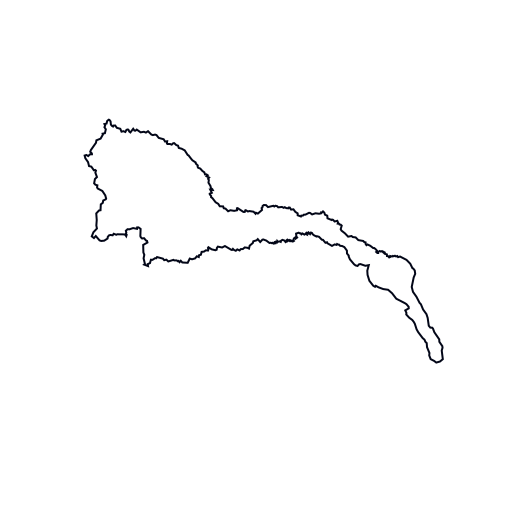 Isnos, Huila, Colombia, rotated 140°
{"feature_id": "7082276B76225783159695", "entity_name": "Isnos", "entity_type": "district", "adm_level": 2, "iso_a3": "COL", "parent_name": "Colombia", "parent_adm1": "Huila", "projection": "equal_earth", "projection_center": [-76.283, 2.067], "detail": "fine", "context": "isolated", "style": "outline", "palette": "ink", "viewbox_px": 512, "rotation_deg": 140, "n_neighbors": 0, "source": "geoboundaries", "source_scale": "gbopen_adm2", "svg_char_len": 6141}
<svg xmlns="http://www.w3.org/2000/svg" viewBox="0 0 512 512"><g transform="rotate(140 256 256)"><path d="M347.2,321.3L345.2,317.7L344.2,319.4L341.8,318.7L338.9,320.7L337.8,319.6L334.7,319.2L333.9,318.4L332.5,318.8L329.0,313.8L329.0,311.8L327.0,310.8L326.7,308.2L321.7,306.1L321.5,305.2L319.6,303.6L319.2,302.1L318.5,302.0L318.5,300.4L316.7,300.7L316.6,298.4L312.7,294.7L308.4,296.6L307.1,294.6L304.2,293.3L301.5,293.8L300.5,292.0L299.2,293.2L297.4,292.4L295.0,294.1L293.0,292.8L290.8,292.6L289.2,291.0L288.3,291.6L287.6,293.1L286.8,293.3L285.7,289.6L283.4,286.5L282.1,286.1L280.8,287.3L279.2,287.7L276.5,284.3L273.4,283.6L270.9,276.5L270.4,276.0L269.1,276.3L269.0,274.8L268.1,273.0L266.1,273.1L265.0,270.8L263.3,271.1L261.6,269.8L259.1,269.8L257.3,267.8L256.6,266.2L254.2,268.0L250.1,268.0L248.6,269.0L245.4,267.6L243.8,267.8L243.8,264.0L240.6,264.4L239.8,264.0L238.2,261.2L237.3,257.3L236.2,256.7L235.6,255.6L234.9,255.5L234.6,254.2L233.2,253.4L233.2,254.6L232.8,254.7L232.3,254.0L231.6,254.2L231.1,253.0L230.1,253.8L230.1,252.8L228.6,252.1L228.0,250.9L227.0,251.6L225.4,251.4L224.3,249.6L224.4,247.6L223.0,247.4L222.4,248.4L221.4,248.4L221.2,247.8L221.8,247.0L220.3,246.8L220.5,245.5L219.9,245.0L219.3,245.4L219.0,244.4L217.8,244.5L218.7,244.0L218.5,243.4L217.3,243.2L217.2,244.1L215.7,245.1L213.5,245.0L214.3,243.8L212.6,243.7L212.5,245.1L210.9,247.4L208.3,246.4L207.9,245.2L207.2,244.7L207.3,243.4L205.9,243.4L205.2,241.3L203.9,241.2L203.4,240.1L203.0,241.3L202.3,241.4L201.6,240.2L200.6,240.4L200.5,239.8L201.2,239.2L200.5,238.8L200.5,238.0L198.8,238.6L198.3,237.5L198.6,236.3L198.3,234.7L197.2,232.1L196.7,232.1L195.4,230.2L195.1,226.2L194.3,225.3L194.3,221.5L192.8,220.9L193.1,219.9L191.3,214.9L188.3,214.3L187.2,212.8L186.2,213.1L185.8,212.0L185.1,211.4L185.0,209.7L183.6,208.3L182.6,206.0L182.9,201.7L184.7,199.4L184.7,196.8L185.4,195.8L186.2,193.0L186.2,186.7L185.8,184.8L184.6,183.1L182.4,183.4L181.2,182.7L178.5,178.2L175.5,176.5L180.2,173.2L182.7,169.8L185.1,164.1L185.3,157.8L184.6,155.9L183.4,156.2L182.3,153.3L179.8,148.9L176.5,145.2L175.7,140.0L176.0,133.1L172.2,124.0L171.7,122.3L171.7,119.0L172.7,117.7L176.6,118.4L177.3,115.8L178.5,114.6L178.3,110.2L177.4,106.6L177.5,104.2L177.9,102.0L180.1,96.6L180.7,93.4L181.1,86.0L180.7,83.6L181.4,81.4L181.2,79.6L183.6,76.2L185.5,70.2L187.2,68.5L188.5,64.7L187.0,61.2L186.4,58.5L182.9,56.9L179.2,56.9L174.5,64.2L172.1,65.8L171.2,67.2L170.7,72.4L169.2,74.4L168.4,82.9L167.1,86.6L167.1,87.8L168.5,89.1L168.5,91.5L164.3,98.2L162.8,101.9L162.4,107.6L160.7,113.0L160.8,115.0L159.3,121.6L158.8,127.6L156.6,132.2L149.0,138.2L145.5,140.0L143.7,142.9L143.6,145.3L144.0,146.1L142.8,150.9L143.2,156.3L146.0,163.0L147.9,163.8L147.8,165.2L149.0,165.6L149.4,166.9L150.7,167.3L151.1,168.1L152.0,168.1L153.2,169.7L153.8,169.0L154.9,169.3L154.9,170.9L155.7,171.8L154.7,173.1L155.9,174.9L155.1,175.9L155.7,177.4L156.2,177.1L156.4,178.8L157.5,179.1L158.0,180.3L159.9,180.6L160.5,179.8L161.1,180.3L161.3,181.8L160.2,181.8L159.9,182.3L160.0,184.6L160.3,186.1L161.1,186.7L161.9,190.4L163.2,193.2L164.4,193.3L164.3,194.7L163.3,196.0L164.1,197.0L164.2,198.6L167.4,202.4L167.7,206.2L169.7,208.3L170.0,209.9L173.0,211.6L173.3,216.2L174.2,220.5L173.9,222.1L170.8,224.2L171.0,225.6L171.8,226.4L171.6,227.3L172.6,228.3L171.6,229.0L171.1,230.7L173.6,231.9L173.7,234.1L174.3,235.0L174.9,234.9L177.0,238.9L175.5,241.1L176.6,243.3L175.8,245.3L176.0,247.1L177.7,246.9L178.1,247.5L178.8,246.9L180.5,247.8L183.0,250.5L186.3,251.8L186.9,254.2L187.6,255.0L191.5,255.9L192.8,256.9L194.1,256.8L195.3,257.8L196.2,257.4L197.9,260.4L196.7,261.9L197.5,264.5L197.3,267.7L199.3,269.0L199.0,271.4L199.8,272.1L200.5,271.7L202.0,273.2L202.6,274.9L203.8,275.1L204.6,276.9L207.7,279.0L207.8,280.6L208.8,282.0L210.2,282.2L210.4,283.3L215.4,285.8L215.6,288.5L217.2,290.0L218.7,290.1L219.9,289.1L220.9,289.1L221.8,287.4L227.3,287.3L228.2,289.1L229.2,288.7L229.4,291.5L232.2,294.7L233.6,295.3L234.4,297.7L234.8,297.9L236.3,297.0L237.3,297.8L239.3,304.5L239.9,304.8L241.1,303.2L243.7,304.6L246.2,307.5L248.6,308.2L248.9,311.9L250.0,313.3L249.3,315.1L251.8,317.4L251.4,320.2L252.4,323.1L252.2,328.4L252.6,329.9L251.8,330.8L251.8,332.9L251.4,333.5L249.2,332.8L248.4,336.2L246.7,334.4L246.5,335.3L246.9,337.1L245.9,338.8L245.3,342.7L243.3,344.5L243.1,345.9L241.5,346.2L242.6,348.8L241.1,348.9L241.5,350.4L242.6,351.3L241.8,353.3L242.4,355.6L242.5,358.8L243.6,360.8L243.3,362.0L242.4,362.8L242.7,365.5L242.1,366.4L243.2,370.2L243.2,372.3L243.0,376.4L243.4,377.3L242.7,382.7L244.0,386.0L245.7,388.4L244.8,390.6L245.8,392.3L246.1,395.0L246.9,395.6L249.0,395.5L249.9,397.1L251.9,398.8L251.9,399.5L250.3,401.0L252.1,402.1L251.7,404.8L254.6,409.0L254.5,412.6L255.3,413.9L257.3,414.9L258.1,416.3L258.5,421.0L261.0,421.3L262.0,423.2L264.9,424.9L266.1,429.5L267.8,429.5L268.5,430.2L268.3,432.4L272.8,431.4L273.1,432.8L272.6,434.6L272.8,435.3L274.1,435.9L276.4,435.0L277.3,436.8L279.1,437.7L278.2,440.7L280.2,443.6L280.0,446.5L281.3,447.5L282.3,447.1L282.7,448.2L282.7,449.9L280.9,452.6L280.8,454.5L281.2,455.1L283.2,455.1L285.4,453.5L287.3,454.5L287.7,452.9L289.3,452.1L289.6,449.6L292.8,447.2L294.9,448.3L295.3,447.4L299.6,445.8L303.9,447.2L305.8,445.6L314.4,443.3L316.0,442.4L315.8,440.1L316.3,439.4L317.9,440.6L320.3,440.4L321.0,442.4L322.7,443.1L323.9,440.6L324.3,435.9L326.1,432.2L324.7,430.3L325.1,425.9L323.9,425.3L323.7,424.3L325.5,423.1L327.1,418.7L329.9,418.5L333.3,415.7L333.2,413.8L332.1,412.1L333.6,410.8L333.9,409.5L331.9,404.6L332.5,399.3L333.9,396.3L334.6,396.0L337.4,396.7L339.2,395.2L341.7,395.3L345.7,391.0L347.0,391.8L351.0,391.3L354.9,385.9L358.7,382.0L360.2,379.3L365.3,378.7L369.2,376.6L368.6,373.9L365.9,374.3L365.8,368.5L364.9,367.0L362.4,365.3L358.5,364.8L357.3,365.9L355.4,366.3L354.0,365.7L352.5,364.0L350.7,364.5L349.4,362.1L348.3,361.8L343.1,357.3L342.5,356.0L342.7,354.6L341.4,355.4L341.3,356.8L340.3,357.3L339.5,359.0L337.2,359.1L335.8,357.8L332.2,356.4L329.7,353.3L328.7,354.3L327.6,353.4L327.0,350.9L331.8,345.6L332.2,344.4L332.0,342.6L330.3,341.6L330.3,338.5L329.8,337.6L330.5,336.1L335.3,337.0L340.0,331.1L340.8,328.7L343.6,326.5L346.2,321.3L347.2,321.3Z" fill="none" stroke="#020617" stroke-width="2"/></g></svg>